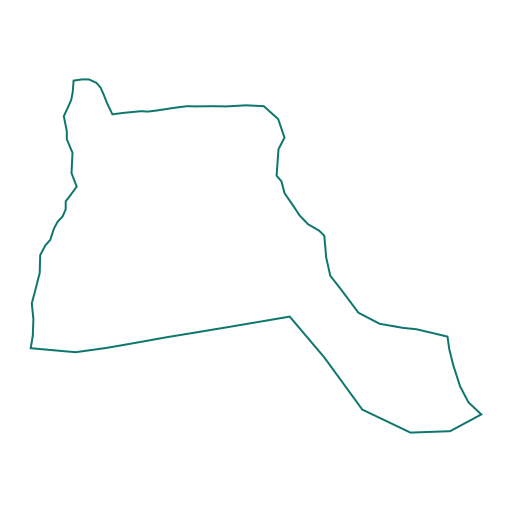 Khartoum, Khartoum, Sudan (Albers equal-area conic projection)
{"feature_id": "16777658B94119143973525", "entity_name": "Khartoum", "entity_type": "district", "adm_level": 2, "iso_a3": "SDN", "parent_name": "Sudan", "parent_adm1": "Khartoum", "projection": "albers", "projection_center": [32.553, 15.552], "detail": "fine", "context": "isolated", "style": "outline", "palette": "teal", "viewbox_px": 512, "rotation_deg": 0, "n_neighbors": 0, "source": "geoboundaries", "source_scale": "gbopen_adm2", "svg_char_len": 1094}
<svg xmlns="http://www.w3.org/2000/svg" viewBox="0 0 512 512"><path d="M73.6,80.6L72.7,92.3L71.2,100.0L67.8,107.6L63.8,116.2L66.8,131.1L66.8,139.2L72.5,152.8L71.5,173.0L74.0,179.6L76.7,186.6L70.4,195.3L65.7,201.3L65.7,209.4L62.6,216.4L57.5,221.9L53.8,228.9L50.3,239.8L45.4,245.3L40.2,255.1L39.7,273.0L35.5,289.4L33.6,296.5L31.8,303.5L33.4,319.3L32.8,335.6L30.7,348.2L48.5,349.8L75.5,352.2L106.7,347.9L127.8,344.2L165.1,337.5L226.8,327.3L289.7,316.6L324.2,357.3L362.3,409.6L410.4,432.6L430.0,431.9L450.1,431.2L481.3,414.4L468.5,402.4L460.1,386.4L453.3,365.4L449.3,349.3L447.5,336.6L416.2,329.2L403.1,327.9L379.6,323.8L358.4,312.7L352.5,304.8L340.6,288.9L330.3,275.8L326.2,257.6L324.3,235.8L319.3,230.8L308.0,224.2L299.4,215.2L295.0,208.4L284.5,193.1L281.4,181.2L276.6,175.7L278.5,149.2L284.5,137.6L278.2,119.1L263.8,106.2L246.2,105.3L226.3,106.4L211.7,106.2L195.8,106.4L186.9,106.2L179.0,107.2L171.8,108.2L156.8,110.5L147.9,111.6L141.0,111.2L124.2,112.8L112.4,114.3L106.8,102.6L103.6,94.4L100.6,87.7L96.4,82.8L88.9,79.4L82.1,79.4L73.6,80.6Z" fill="none" stroke="#0f766e" stroke-width="2"/></svg>